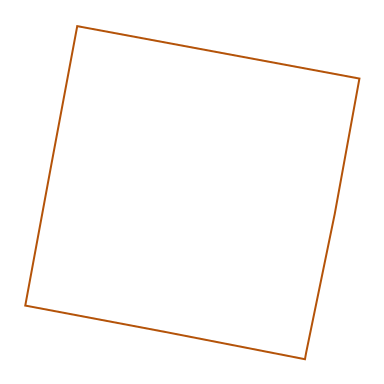 the district of Barry, Michigan, United States of America, rotated 281°
{"feature_id": "52423323B99535382147082", "entity_name": "Barry", "entity_type": "district", "adm_level": 2, "iso_a3": "USA", "parent_name": "United States of America", "parent_adm1": "Michigan", "projection": "orthographic", "projection_center": [-85.333, 42.595], "detail": "fine", "context": "isolated", "style": "outline", "palette": "amber", "viewbox_px": 384, "rotation_deg": 281, "n_neighbors": 0, "source": "geoboundaries", "source_scale": "gbopen_adm2", "svg_char_len": 266}
<svg xmlns="http://www.w3.org/2000/svg" viewBox="0 0 384 384"><g transform="rotate(281 192 192)"><path d="M332.9,47.7L190.9,48.7L48.7,50.0L49.5,192.4L49.4,334.8L55.9,334.7L197.5,336.3L335.3,334.7L332.9,47.7Z" fill="none" stroke="#b45309" stroke-width="2"/></g></svg>